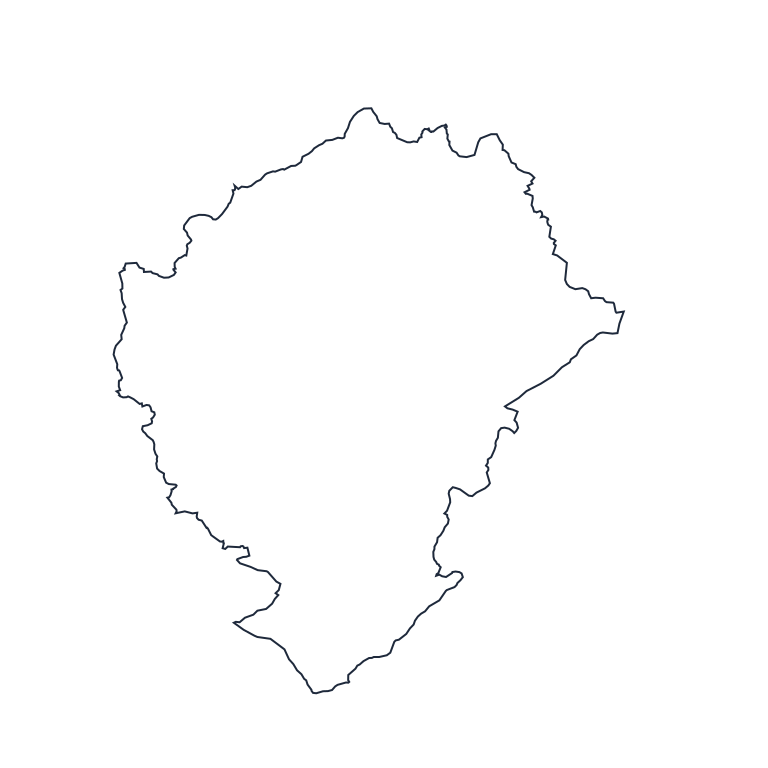 outline of Baita, Hunedoara, Romania, rotated 337°
{"feature_id": "2599482B49651116584259", "entity_name": "Baita", "entity_type": "district", "adm_level": 2, "iso_a3": "ROU", "parent_name": "Romania", "parent_adm1": "Hunedoara", "projection": "natural_earth1", "projection_center": [22.903, 46.027], "detail": "fine", "context": "isolated", "style": "outline", "palette": "slate", "viewbox_px": 768, "rotation_deg": 337, "n_neighbors": 0, "source": "geoboundaries", "source_scale": "gbopen_adm2", "svg_char_len": 6154}
<svg xmlns="http://www.w3.org/2000/svg" viewBox="0 0 768 768"><g transform="rotate(337 384 384)"><path d="M633.0,411.0L625.8,409.2L625.5,407.9L627.1,400.0L626.8,398.7L620.8,395.6L619.8,394.0L619.2,390.7L612.4,387.2L608.2,386.0L607.8,381.4L608.2,378.4L606.5,375.5L604.0,373.2L597.2,371.5L592.8,367.1L591.4,363.4L591.4,359.0L599.7,343.9L593.6,333.3L590.2,330.4L596.3,323.5L595.1,321.5L595.4,320.5L597.9,319.2L596.8,317.1L594.7,315.5L593.7,313.1L599.1,304.4L597.4,301.7L597.4,300.4L597.7,298.4L598.7,296.7L599.4,296.8L599.6,295.8L596.8,292.4L593.8,291.8L595.8,290.2L596.3,287.7L595.4,285.8L591.4,285.6L590.9,284.7L589.5,284.0L590.0,279.5L589.7,277.0L593.4,271.4L594.2,268.9L590.1,264.7L588.9,264.4L588.3,262.4L593.9,262.1L594.1,261.0L593.6,257.7L599.0,257.5L598.7,254.9L603.0,252.9L601.5,249.2L599.8,246.6L595.7,243.7L591.4,238.6L590.7,235.8L591.1,233.1L587.9,229.9L587.8,223.0L588.5,220.6L586.2,215.9L584.6,214.9L586.9,210.1L585.8,204.9L585.4,198.1L580.2,195.9L568.7,195.6L565.2,198.3L556.8,208.5L548.7,207.4L542.7,204.0L541.8,202.7L541.2,199.4L538.2,195.9L537.5,189.5L539.0,186.5L538.5,186.2L538.2,182.9L540.2,179.2L539.7,178.0L540.9,174.2L540.3,171.8L542.3,171.8L542.5,170.6L542.0,169.7L543.1,169.2L540.6,169.7L538.1,169.0L533.4,169.3L528.1,170.9L526.8,170.2L526.2,170.6L525.6,170.3L524.3,167.9L525.0,167.8L525.0,166.3L523.4,166.4L521.1,165.1L518.0,166.5L517.6,167.7L515.8,168.9L515.0,171.5L512.8,171.1L509.1,174.2L506.1,172.3L502.5,171.8L499.8,170.5L492.2,162.7L492.8,159.4L492.1,157.1L490.8,155.6L491.2,151.7L490.3,149.6L490.4,146.3L486.2,144.9L482.0,142.0L481.5,137.7L481.9,134.7L480.4,129.3L480.1,125.3L473.1,122.6L466.0,123.4L461.0,125.4L455.1,129.4L450.8,134.4L445.6,138.4L444.4,140.9L443.4,141.7L441.7,141.6L437.8,139.3L431.8,139.1L425.7,137.2L421.2,138.8L417.6,138.8L411.8,139.8L408.6,141.5L404.5,142.6L397.8,143.0L394.4,147.2L388.9,148.3L387.6,148.4L383.7,147.0L375.9,147.7L375.1,146.7L373.0,146.2L366.8,146.0L364.9,144.9L358.7,144.4L356.4,144.8L350.1,147.8L345.7,147.8L339.2,149.7L335.0,149.4L330.1,146.7L326.1,147.6L324.0,143.1L323.8,145.0L322.9,146.6L322.1,147.2L320.4,146.5L319.8,149.9L313.3,157.0L311.5,157.4L309.3,159.6L301.3,164.3L296.0,166.5L293.4,166.9L291.0,165.6L290.3,163.0L288.3,160.7L285.1,158.4L279.8,156.0L272.7,155.1L269.9,155.4L262.0,160.0L260.3,163.1L261.8,167.7L261.3,170.6L262.8,175.6L262.7,176.8L260.3,178.1L257.6,178.5L256.5,179.6L256.1,182.5L252.2,188.5L251.0,187.5L246.3,188.3L244.3,188.0L238.5,190.8L237.1,194.4L237.2,196.4L235.0,196.0L234.8,196.5L235.8,199.9L233.2,201.5L227.4,201.8L223.0,200.2L219.0,196.5L218.4,194.6L214.3,191.5L213.5,189.5L206.8,187.1L207.8,184.2L204.4,181.3L203.5,175.8L193.3,172.2L191.0,174.9L189.6,175.6L190.3,176.5L190.0,177.7L187.8,177.5L183.8,178.3L182.4,189.2L180.5,193.9L178.2,194.5L178.0,197.9L176.0,203.5L175.6,207.3L176.0,212.0L173.0,213.7L172.8,214.5L171.3,227.0L168.0,229.0L166.7,231.2L161.3,236.1L160.0,240.3L152.2,244.0L149.4,247.0L146.6,251.3L146.2,261.6L144.6,264.7L144.4,266.3L144.4,267.4L145.4,267.9L145.6,268.7L145.3,276.1L143.2,277.7L141.5,277.4L140.8,278.4L138.9,282.7L138.7,286.6L135.0,286.3L136.3,288.8L136.4,290.9L135.8,291.0L136.3,292.1L138.6,294.4L142.0,295.6L143.5,295.4L145.2,297.2L147.6,300.1L151.3,306.9L153.5,307.2L152.8,310.3L157.2,310.5L159.5,311.9L160.0,314.2L159.4,318.3L161.5,320.3L161.0,322.7L158.3,324.6L156.2,325.1L155.9,327.8L154.8,329.4L150.3,329.6L145.5,328.6L143.6,331.1L143.8,333.7L145.0,336.0L145.8,339.4L149.2,345.4L149.3,347.4L149.0,349.8L146.8,354.4L146.4,358.9L147.0,362.1L145.4,364.5L145.0,366.3L143.3,368.1L142.1,373.2L143.4,376.4L146.5,380.5L144.9,383.6L144.9,389.7L146.8,392.0L152.9,395.3L153.4,396.4L152.2,397.5L148.8,398.0L148.7,398.4L147.1,398.1L146.6,399.8L144.0,402.9L142.0,404.3L140.2,404.0L141.9,410.2L141.5,412.2L143.8,418.6L143.4,420.1L141.7,421.6L150.8,423.4L157.2,428.3L161.8,429.5L159.8,432.8L159.5,434.3L160.3,436.5L162.9,438.5L164.4,447.1L164.9,447.0L165.4,448.2L165.9,455.7L171.5,464.9L173.1,465.8L174.7,465.7L174.0,467.8L174.3,468.1L171.3,472.1L173.4,473.8L176.7,472.6L187.7,478.0L188.6,477.4L190.4,477.8L191.1,478.6L191.1,480.4L194.3,481.3L193.0,489.4L189.6,489.2L186.7,488.2L180.6,487.9L179.9,488.5L181.4,492.8L189.7,500.2L195.0,506.0L202.8,510.5L203.7,511.7L207.7,523.8L210.6,527.5L206.6,532.6L202.5,534.2L204.2,537.0L199.5,539.2L195.2,542.5L187.6,545.0L178.9,543.2L173.6,545.3L164.7,544.8L158.0,546.9L154.6,545.0L152.5,545.1L158.8,555.5L166.5,565.2L168.6,567.4L179.9,574.2L188.7,589.4L189.0,600.3L191.1,606.4L192.1,613.6L194.6,618.9L195.3,624.2L196.6,626.4L196.2,630.8L197.7,637.1L197.4,638.1L198.0,640.6L200.8,642.2L207.8,643.0L212.4,644.8L216.6,645.4L220.9,643.3L223.7,642.8L232.3,643.9L234.5,645.0L235.6,644.6L235.3,642.6L237.4,637.9L246.5,634.9L249.4,632.8L252.0,632.7L256.8,631.1L263.2,630.4L265.8,631.4L267.9,631.3L272.8,633.4L280.6,634.8L284.8,633.8L292.8,625.3L294.6,624.6L297.8,625.2L306.8,622.8L312.4,619.1L317.3,617.0L320.0,614.0L324.3,611.3L328.4,609.9L333.0,609.3L338.7,606.3L350.4,604.8L360.1,598.6L361.4,598.2L369.6,598.5L372.3,597.4L373.8,595.9L377.7,594.5L381.1,592.6L381.4,588.7L379.9,586.6L376.6,584.6L373.5,583.8L372.8,584.6L365.7,585.9L362.4,583.7L360.4,581.1L357.1,580.9L358.2,579.6L360.1,579.3L364.6,574.8L363.7,572.7L363.9,571.7L362.5,570.2L362.5,568.2L361.6,565.3L362.0,562.5L363.8,557.8L365.9,555.7L366.9,553.4L371.0,550.4L373.3,546.5L376.9,545.3L381.3,542.3L383.9,539.6L388.3,537.4L390.6,534.0L390.3,531.0L391.0,529.2L389.0,526.8L392.5,525.3L398.7,518.8L399.8,515.8L400.7,510.2L402.4,507.8L407.0,505.9L409.4,507.7L412.8,510.7L418.4,519.9L421.5,521.7L426.7,520.1L436.2,519.5L440.4,518.2L442.7,516.7L444.0,505.6L446.5,503.9L447.3,501.6L446.0,499.0L448.7,497.2L450.1,494.0L454.1,493.2L459.9,487.8L462.8,484.4L463.4,482.1L464.9,480.1L467.8,478.0L470.9,472.3L474.6,470.4L478.0,471.3L481.7,474.1L484.0,477.8L484.7,480.0L487.4,478.9L490.3,476.7L491.0,471.3L489.9,468.2L496.2,461.7L492.4,457.8L488.1,454.6L486.6,451.9L502.8,449.4L512.4,446.2L528.4,445.0L543.2,442.6L554.3,438.1L563.5,436.6L565.7,434.3L572.3,432.9L577.8,428.4L583.1,426.1L589.2,424.6L594.1,424.4L599.5,421.9L602.9,421.5L605.6,422.1L614.0,426.9L618.8,428.4L624.3,420.4L633.0,411.0Z" fill="none" stroke="#1e293b" stroke-width="2"/></g></svg>